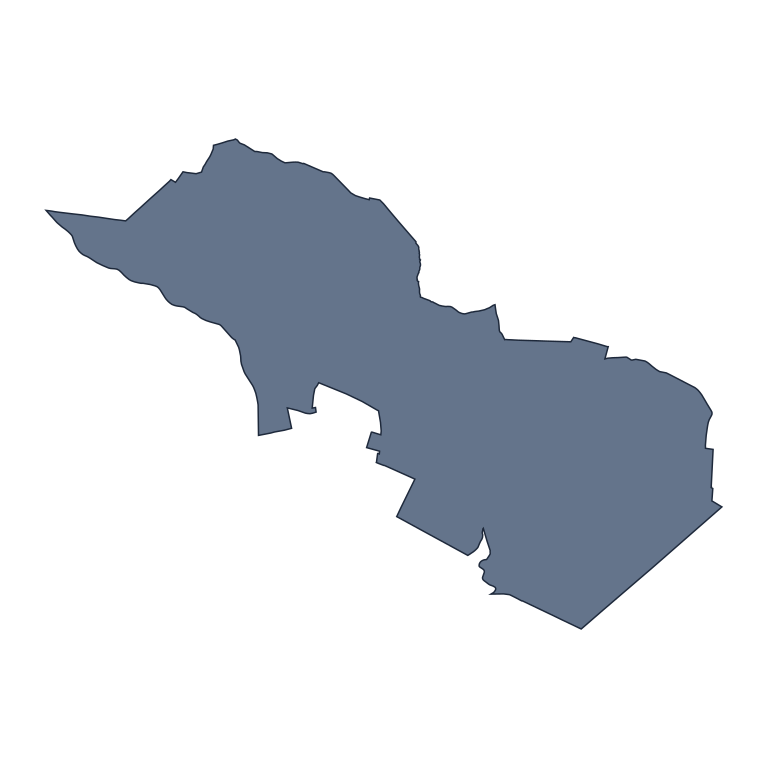 Foieni, Satu Mare, Romania (Albers equal-area conic projection)
{"feature_id": "2599482B43707290171082", "entity_name": "Foieni", "entity_type": "district", "adm_level": 2, "iso_a3": "ROU", "parent_name": "Romania", "parent_adm1": "Satu Mare", "projection": "albers", "projection_center": [22.347, 47.703], "detail": "fine", "context": "isolated", "style": "filled", "palette": "slate", "viewbox_px": 768, "rotation_deg": 0, "n_neighbors": 0, "source": "geoboundaries", "source_scale": "gbopen_adm2", "svg_char_len": 6063}
<svg xmlns="http://www.w3.org/2000/svg" viewBox="0 0 768 768"><path d="M602.9,610.2L648.1,571.4L650.7,569.2L721.9,506.9L718.2,504.7L711.9,500.9L712.2,497.0L712.8,488.5L711.2,487.6L711.3,487.2L711.2,487.2L713.1,449.4L705.5,448.3L705.4,445.3L706.2,435.4L707.3,427.7L707.7,425.2L708.3,422.3L709.3,419.5L710.3,417.7L711.7,415.0L712.0,414.1L712.0,412.8L711.9,412.1L710.9,410.2L709.0,407.1L707.1,404.0L705.2,400.7L701.7,394.8L699.9,392.4L698.2,390.4L696.8,389.1L695.0,387.7L669.9,374.7L666.3,372.9L659.7,371.6L658.1,370.7L655.9,369.3L652.1,366.3L649.1,363.7L647.4,362.4L645.7,361.4L644.9,361.0L641.7,360.4L635.8,359.3L632.0,360.1L631.2,360.0L629.2,358.7L627.0,357.3L626.8,357.2L625.9,357.1L622.5,357.3L617.8,357.6L614.4,357.7L612.2,357.8L607.7,358.2L604.9,358.9L605.4,357.1L608.2,346.7L607.7,346.7L607.1,346.6L597.8,343.8L576.6,338.1L575.6,337.8L574.4,337.7L574.2,337.6L573.7,337.4L570.8,341.8L546.3,341.1L534.9,340.7L518.3,340.2L510.6,339.8L508.0,339.7L505.5,339.5L504.7,339.7L502.3,334.7L501.7,333.7L500.9,332.8L499.9,331.9L499.6,331.2L499.4,330.7L499.2,328.8L499.0,325.6L498.5,320.6L498.0,318.9L497.4,317.0L496.3,313.7L495.6,309.2L495.0,304.7L494.1,305.0L493.2,305.3L491.2,306.6L490.3,307.2L489.3,307.8L487.0,308.7L485.0,309.6L483.5,310.0L481.7,310.4L478.6,311.1L475.0,311.5L472.8,312.0L472.0,312.0L471.1,312.2L465.8,313.7L464.3,313.9L462.4,313.6L460.8,313.1L458.7,312.2L457.4,311.2L456.9,310.7L455.6,309.7L452.2,307.3L451.6,307.0L450.1,306.5L449.9,306.5L447.5,306.4L447.2,306.4L446.9,306.5L445.3,306.5L443.4,306.2L442.0,306.0L440.4,305.6L439.3,305.4L436.2,303.8L435.5,303.4L434.1,302.8L432.9,302.0L432.4,301.9L431.4,301.8L431.0,301.7L430.1,300.8L429.2,300.4L427.0,299.6L425.7,299.1L423.7,298.4L422.1,297.6L421.3,297.3L420.5,297.2L420.4,297.0L420.3,296.3L420.4,295.4L419.8,293.9L419.6,293.2L419.5,292.1L419.5,290.6L419.5,289.7L419.6,289.4L419.4,288.2L418.8,286.0L418.5,284.1L418.4,282.8L418.6,281.9L418.6,281.5L418.4,281.4L417.7,281.2L417.4,280.8L417.1,280.0L417.2,279.7L417.3,279.4L417.1,279.2L417.1,278.3L416.9,278.0L416.9,277.7L417.1,277.3L417.1,276.5L417.5,275.8L417.8,274.8L418.5,273.1L418.9,272.7L418.8,272.2L418.9,271.5L419.0,271.2L419.7,269.6L419.8,268.6L419.8,267.3L420.4,265.7L420.5,264.9L420.4,263.8L420.3,263.2L419.8,262.1L419.7,261.8L419.9,261.3L420.3,260.4L420.4,259.9L419.8,259.8L419.6,259.7L419.6,259.3L419.7,258.7L419.5,258.1L419.4,257.6L419.3,257.1L419.5,255.6L419.6,254.7L419.3,253.8L419.2,253.4L419.3,253.0L419.4,252.5L419.3,251.8L419.1,251.2L419.1,250.4L418.7,249.0L418.8,247.6L418.5,246.5L417.7,245.3L415.9,243.2L416.0,241.8L398.6,221.7L390.4,212.0L383.5,203.7L379.8,200.0L369.6,198.0L369.2,199.7L364.6,198.5L359.6,197.0L355.4,195.6L350.8,192.9L346.4,188.3L333.8,175.4L332.5,174.2L331.0,173.2L328.9,172.6L324.4,171.8L323.1,171.8L303.7,163.4L303.0,163.7L298.2,162.2L295.4,162.1L292.6,162.2L285.5,162.8L284.9,162.8L281.3,161.1L278.6,159.4L277.4,158.7L272.2,154.2L271.6,153.9L267.3,152.8L262.4,152.6L257.4,151.6L256.5,151.5L254.8,151.5L249.6,148.2L244.4,144.9L240.5,143.4L239.9,143.1L239.3,142.6L238.3,141.3L237.4,140.1L235.4,139.0L233.8,139.8L227.7,141.1L222.5,142.8L217.8,144.2L213.5,145.3L213.2,149.0L210.9,154.5L209.8,156.7L206.6,161.6L205.2,164.2L203.3,167.0L201.5,172.1L196.1,173.7L190.5,173.0L187.0,172.6L183.0,171.8L178.4,178.4L175.5,182.3L170.9,179.6L169.6,181.1L164.2,186.0L158.9,190.9L150.7,198.2L145.0,203.4L138.6,209.2L135.0,212.4L128.1,218.8L125.7,220.9L120.4,220.2L114.9,219.6L107.5,218.5L98.3,217.1L90.4,216.2L82.0,214.9L72.9,213.9L59.5,212.3L55.0,211.7L51.6,211.1L47.9,210.6L46.1,210.4L48.3,212.9L50.0,214.9L52.2,217.2L55.0,220.4L56.8,222.4L57.9,223.4L59.9,225.1L62.1,227.0L65.3,229.3L68.0,231.5L69.9,233.3L71.4,234.9L72.3,236.2L73.1,238.7L74.4,242.7L75.7,245.7L77.4,248.9L79.1,251.3L81.1,253.2L82.8,254.5L84.5,255.4L87.3,256.6L89.4,257.8L96.7,262.6L102.7,265.5L108.6,268.0L110.7,268.5L113.4,268.7L114.9,268.8L117.1,269.2L119.1,270.3L121.5,272.5L123.9,275.1L126.4,277.4L129.2,279.6L131.2,280.7L134.6,281.9L138.9,282.9L141.0,283.3L143.0,283.3L150.2,284.5L155.2,285.9L157.1,286.7L158.4,287.7L160.0,289.6L164.8,297.3L166.1,299.2L168.1,301.4L169.8,302.9L171.9,304.4L174.5,305.4L177.0,306.0L182.9,306.8L184.7,307.3L186.6,308.6L192.8,312.4L195.3,313.5L197.2,314.8L199.2,316.5L200.2,317.5L201.9,318.6L206.0,320.5L210.2,321.9L219.1,324.4L220.1,324.9L221.3,325.9L231.7,337.6L233.2,338.8L234.5,339.7L235.1,339.9L238.6,347.2L239.3,349.5L239.6,350.9L240.6,355.9L240.8,358.7L240.9,361.1L241.5,364.3L244.1,371.7L245.3,374.1L252.5,385.3L253.6,387.4L254.6,389.9L255.8,393.2L256.8,397.5L257.7,402.2L258.1,404.9L258.5,435.4L270.9,433.0L274.5,432.0L284.4,430.2L291.6,428.3L287.3,407.9L297.9,410.5L305.3,413.1L307.4,413.5L310.0,413.7L312.6,413.2L316.1,412.1L315.5,407.5L312.2,408.1L313.5,395.3L314.8,388.7L317.3,385.4L318.7,382.7L346.3,393.9L362.2,401.5L377.3,410.2L378.5,410.7L380.5,422.4L381.2,431.0L380.8,434.8L372.3,432.2L371.8,432.1L371.4,432.2L371.2,432.7L366.6,447.6L379.6,451.2L379.3,453.9L378.1,453.4L377.8,453.4L377.6,453.7L376.5,462.0L376.3,462.5L378.4,463.4L383.7,465.4L384.6,465.5L384.8,465.6L414.9,479.1L400.8,507.9L396.7,516.6L467.8,555.4L470.2,553.9L471.3,553.1L472.9,552.1L474.7,550.7L476.3,549.2L477.6,547.8L478.1,547.0L479.3,544.0L480.5,541.4L481.8,539.3L482.5,537.5L482.7,535.7L482.7,534.4L482.3,533.4L482.3,532.0L482.7,530.2L482.9,528.8L483.3,528.3L485.0,534.2L487.2,541.6L490.2,550.6L490.1,551.6L490.2,553.3L490.2,553.8L489.8,554.7L487.1,558.8L486.8,559.2L486.5,559.5L486.1,559.6L484.9,559.7L483.6,560.0L482.2,560.6L480.9,561.5L480.1,562.4L479.6,563.3L479.3,564.0L479.2,564.6L479.1,565.7L479.2,566.3L479.9,567.1L482.5,568.8L483.5,569.6L483.9,570.1L484.3,570.9L484.3,572.3L483.3,575.2L482.6,577.2L482.5,577.8L482.6,578.6L483.0,579.6L484.0,580.6L488.7,584.2L490.1,585.0L491.3,585.4L493.1,586.1L494.7,587.0L495.3,587.5L495.5,587.9L495.7,588.6L495.7,589.1L495.5,589.9L494.9,590.9L494.3,591.7L493.6,592.5L492.8,593.0L491.9,593.5L490.9,594.1L503.5,593.9L509.1,594.6L509.9,594.8L515.5,597.6L521.7,600.9L522.4,600.9L547.8,613.0L557.6,617.7L562.1,619.9L581.2,629.0L602.9,610.2Z" fill="#64748b" stroke="#1e293b" stroke-width="1.5"/></svg>